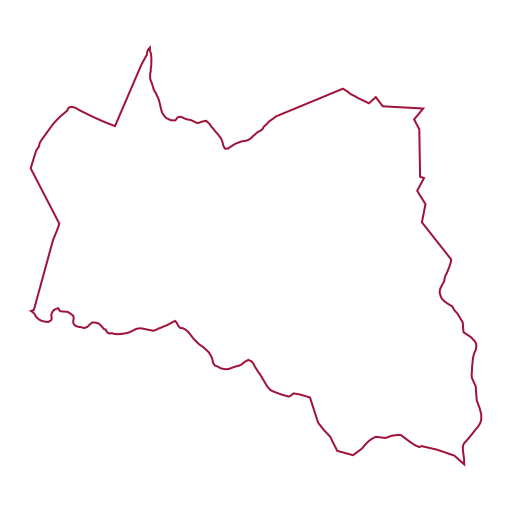 Santiago Tlazoyaltepec, Oaxaca, Mexico
{"feature_id": "50627088B24717754515407", "entity_name": "Santiago Tlazoyaltepec", "entity_type": "district", "adm_level": 2, "iso_a3": "MEX", "parent_name": "Mexico", "parent_adm1": "Oaxaca", "projection": "albers", "projection_center": [-96.974, 17.027], "detail": "fine", "context": "isolated", "style": "outline", "palette": "rose", "viewbox_px": 512, "rotation_deg": 0, "n_neighbors": 0, "source": "geoboundaries", "source_scale": "gbopen_adm2", "svg_char_len": 3880}
<svg xmlns="http://www.w3.org/2000/svg" viewBox="0 0 512 512"><path d="M375.8,97.1L368.9,103.3L358.3,98.2L354.9,96.2L350.4,94.0L347.3,91.4L342.9,88.7L275.8,116.5L274.1,118.0L271.6,119.7L268.8,121.7L266.3,124.5L263.8,126.7L262.7,128.9L260.0,131.0L257.6,132.0L255.3,134.2L252.8,136.3L250.7,138.4L248.4,139.9L245.4,140.9L242.4,141.2L240.8,141.7L235.3,143.8L232.3,145.7L230.2,147.0L227.9,148.6L225.1,148.7L224.0,147.1L223.0,144.5L222.2,141.1L221.0,138.4L218.0,134.4L215.4,131.5L213.6,129.1L211.6,127.0L210.0,124.5L207.8,122.3L206.2,120.8L202.0,121.6L199.4,122.6L197.2,123.1L191.0,120.1L187.3,119.4L184.7,118.6L181.8,117.1L179.4,116.8L177.6,117.4L175.9,119.7L175.3,120.4L170.9,120.3L169.1,119.4L166.5,118.2L165.4,117.3L163.2,114.4L161.8,111.8L160.6,107.2L160.1,104.7L159.3,101.6L158.6,99.2L155.9,93.2L153.9,90.0L152.9,86.6L151.5,82.3L150.7,80.5L150.2,78.7L150.1,74.1L150.8,71.0L150.7,69.5L151.3,64.5L151.3,62.7L151.4,58.3L151.0,54.2L149.9,50.1L149.9,47.6L149.3,48.3L147.9,49.8L147.1,52.5L146.7,55.2L145.9,56.3L141.2,65.1L115.0,126.1L104.9,122.2L95.7,118.1L87.7,114.3L79.4,110.2L75.0,107.6L72.0,106.9L69.4,107.3L68.3,108.3L67.1,110.7L63.6,113.7L60.8,115.9L55.8,121.0L52.7,124.5L43.0,137.9L39.9,142.5L38.9,146.5L36.1,150.9L32.5,162.3L30.7,168.4L59.3,223.6L58.4,226.7L55.3,234.6L53.0,240.1L33.9,309.9L31.0,311.0L32.3,311.8L34.2,313.5L36.2,316.9L38.7,319.3L41.7,320.9L45.3,321.7L48.2,322.0L51.2,320.2L51.7,318.2L51.3,315.7L51.4,314.2L52.7,311.4L54.2,309.8L56.6,308.7L58.4,308.3L59.3,310.3L60.6,311.3L64.7,311.6L67.9,311.9L69.6,313.1L71.8,314.6L73.4,316.0L73.7,318.7L73.2,321.0L73.4,323.4L75.1,325.7L78.6,326.9L80.9,327.1L84.3,328.1L87.3,326.9L90.3,324.0L92.5,322.4L96.0,322.7L99.0,323.7L101.2,325.8L102.8,327.7L104.1,329.2L105.6,329.5L107.1,332.3L109.4,333.6L111.7,333.1L114.5,334.0L118.1,334.2L123.9,333.6L128.6,332.6L132.2,331.0L136.2,328.9L138.4,328.5L141.2,328.3L148.9,329.9L153.0,330.7L154.0,330.6L156.2,329.8L158.4,328.5L160.5,327.9L163.8,326.4L166.2,325.6L175.0,320.9L175.8,321.7L177.2,323.4L177.7,324.8L178.6,326.3L180.2,327.9L183.1,328.3L185.5,329.6L187.2,330.9L189.4,333.3L192.1,336.8L194.0,339.3L196.3,341.6L198.1,343.4L199.8,344.8L203.8,347.5L208.8,352.3L210.3,354.7L212.1,358.2L212.6,360.6L213.2,363.1L214.8,365.5L218.0,366.7L220.2,368.0L222.4,368.7L225.9,369.3L229.6,368.7L234.3,366.9L236.0,366.4L238.4,365.9L241.5,364.5L244.6,361.9L248.3,359.9L251.9,361.6L253.5,363.9L255.0,366.9L257.0,369.8L258.1,371.8L260.0,374.3L264.0,381.0L267.5,386.9L270.8,390.3L274.5,392.0L280.8,394.3L286.0,395.9L288.9,396.6L291.2,395.3L293.6,393.4L300.0,394.5L310.0,397.5L313.2,407.4L318.1,422.7L324.1,430.3L330.2,436.7L332.8,442.0L335.1,446.6L337.3,450.9L353.0,455.2L361.8,448.7L365.6,444.2L368.3,441.5L371.4,439.1L375.8,436.8L385.6,438.0L391.1,435.9L394.8,435.3L398.4,435.0L401.4,435.2L402.6,436.4L411.0,442.6L413.3,444.1L415.4,445.4L416.8,445.9L419.2,447.1L421.6,446.1L437.1,449.7L454.3,455.6L464.2,464.4L464.0,458.6L462.9,450.2L462.9,446.1L464.0,443.4L466.7,440.5L470.2,436.4L475.6,429.5L478.0,426.7L479.9,423.7L481.2,420.3L481.3,414.7L479.8,408.7L476.7,400.2L475.7,386.2L474.0,382.6L472.0,378.2L471.6,375.5L471.9,371.0L472.3,364.5L472.6,362.2L472.8,359.5L473.1,357.8L473.6,355.3L474.1,353.7L474.5,352.7L475.0,351.2L475.8,349.7L476.4,345.8L476.0,343.5L474.6,340.9L472.7,339.1L471.1,337.3L468.6,335.6L466.3,334.1L463.6,332.3L463.2,329.0L463.0,325.5L462.7,322.4L461.1,319.7L459.1,316.3L457.9,314.2L456.3,312.3L454.7,310.6L453.2,308.2L452.2,306.4L450.2,305.2L448.0,303.8L446.5,302.9L444.2,301.0L442.2,299.1L441.0,297.1L440.3,294.9L439.6,292.6L440.1,289.0L441.4,286.3L442.4,284.5L443.4,282.4L444.2,281.3L444.5,278.9L444.9,277.5L445.6,275.1L446.8,273.1L447.8,270.6L449.0,267.7L450.1,264.5L450.9,261.8L451.2,259.5L421.9,222.3L425.5,204.2L417.2,190.8L424.0,178.0L420.1,176.8L419.3,129.3L414.1,119.4L416.8,116.2L423.2,108.5L382.7,106.3L375.8,97.1Z" fill="none" stroke="#9f1239" stroke-width="2"/></svg>